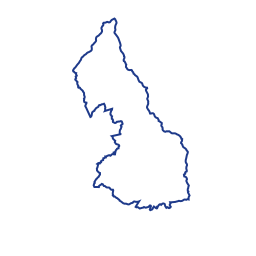 the district of Novo Acordo, Tocantins, Brazil, rotated 47°
{"feature_id": "56859067B81404235342349", "entity_name": "Novo Acordo", "entity_type": "district", "adm_level": 2, "iso_a3": "BRA", "parent_name": "Brazil", "parent_adm1": "Tocantins", "projection": "robinson", "projection_center": [-47.429, -10.16], "detail": "fine", "context": "isolated", "style": "outline", "palette": "blue", "viewbox_px": 256, "rotation_deg": 47, "n_neighbors": 0, "source": "geoboundaries", "source_scale": "gbopen_adm2", "svg_char_len": 5862}
<svg xmlns="http://www.w3.org/2000/svg" viewBox="0 0 256 256"><g transform="rotate(47 128 128)"><path d="M42.9,95.4L43.2,96.3L43.0,97.4L43.1,98.4L43.5,99.1L44.9,100.0L46.1,101.2L46.3,102.1L46.3,102.8L45.7,105.2L45.3,106.0L45.2,106.7L45.3,108.6L44.9,110.2L45.1,112.5L44.9,113.4L45.1,114.4L46.0,115.9L46.3,117.6L46.9,119.5L47.1,121.8L47.7,124.8L47.8,125.7L47.7,126.4L48.1,128.2L48.5,129.0L49.3,129.4L50.0,129.1L51.0,129.2L51.9,128.9L52.5,128.5L52.9,129.2L54.8,129.8L54.6,130.6L54.7,131.2L56.1,131.9L56.2,132.8L56.7,133.6L58.1,133.4L58.7,133.7L60.0,133.6L60.4,134.4L61.5,135.2L62.2,135.4L63.1,135.5L63.9,136.5L64.7,136.7L65.0,136.0L65.8,135.7L66.7,136.0L70.0,135.7L70.6,136.1L72.0,136.1L72.8,136.6L74.0,137.7L75.5,138.3L76.3,139.1L76.5,140.2L77.2,140.5L77.7,141.3L79.0,142.2L79.7,142.1L81.1,141.1L81.7,141.7L81.9,142.6L82.3,143.2L82.5,143.9L83.0,144.4L84.4,144.7L94.3,148.0L94.5,147.1L93.9,145.9L92.5,144.1L92.1,143.2L92.2,141.9L92.5,140.9L92.1,140.4L92.1,139.5L91.7,138.2L91.9,136.6L92.2,135.8L92.2,135.0L91.8,134.4L91.6,133.7L92.0,132.9L92.5,132.6L92.7,131.2L93.4,130.2L93.9,129.0L95.4,129.4L96.2,129.9L97.5,130.5L98.4,131.8L99.0,132.0L99.5,132.5L99.8,133.3L103.1,126.5L103.7,127.2L103.9,128.5L104.3,129.1L104.6,129.7L105.1,130.6L105.8,131.3L106.4,131.7L107.2,131.6L107.8,131.9L108.6,131.7L109.2,132.7L110.3,133.6L111.0,133.3L112.1,133.6L112.5,134.3L113.4,134.9L115.5,134.1L115.9,133.3L115.9,131.8L116.5,131.2L116.8,130.5L117.7,129.5L118.1,128.5L119.0,128.1L121.1,129.0L121.5,129.6L121.2,130.5L121.3,131.6L122.1,131.9L122.7,131.9L123.2,133.0L123.7,133.8L124.0,135.2L124.6,136.1L125.5,137.0L126.1,137.6L126.9,137.7L127.8,137.1L122.9,145.4L124.1,145.3L125.3,146.2L126.1,146.3L128.7,146.1L129.3,147.3L130.9,147.6L131.6,147.6L133.9,146.3L134.8,146.4L135.3,146.9L135.3,147.6L136.4,148.8L135.9,149.5L135.7,150.2L136.0,151.1L136.0,152.2L136.6,153.0L136.6,154.0L136.3,154.8L136.9,154.7L137.6,154.4L137.9,155.1L138.4,155.5L137.7,156.3L136.8,156.5L136.2,158.1L136.4,159.0L136.2,159.9L135.3,160.1L134.7,160.9L134.5,161.6L134.2,162.2L134.1,163.2L133.4,164.0L134.3,164.4L133.9,165.0L133.9,165.9L133.3,166.6L133.9,167.5L134.5,168.1L133.9,169.6L133.9,170.5L134.7,171.0L134.6,171.9L134.7,172.7L133.9,172.8L133.4,173.8L133.3,175.0L134.3,174.7L136.1,177.4L136.3,178.3L137.9,179.6L138.8,179.7L139.7,179.7L140.4,179.6L141.2,179.6L141.8,179.2L143.0,180.3L143.1,181.2L143.7,182.8L143.5,184.0L143.8,184.9L143.7,186.2L144.6,189.4L145.5,189.7L145.5,190.5L146.5,192.2L148.2,192.8L151.3,189.6L150.7,189.0L150.7,187.6L151.0,186.6L151.0,185.3L152.1,184.8L152.6,185.0L153.9,185.2L154.7,184.5L156.7,184.2L157.3,183.8L158.6,182.5L159.2,182.3L160.8,182.5L161.8,182.3L162.9,181.1L163.5,181.3L165.1,183.4L165.9,184.2L166.6,184.4L166.9,185.1L168.4,185.1L168.7,184.5L171.4,184.1L172.0,183.7L173.7,183.6L174.6,183.3L175.4,183.7L177.1,183.2L179.8,182.8L181.2,182.0L181.9,181.1L184.0,180.0L184.6,179.2L185.1,177.0L185.9,175.6L185.7,174.9L185.9,173.6L187.5,172.5L188.9,170.8L189.2,170.0L190.9,176.2L191.7,176.0L192.0,175.4L192.7,174.8L194.9,174.3L196.1,171.9L196.6,171.2L196.7,170.2L198.1,169.6L198.6,169.0L198.9,168.3L199.5,167.3L199.7,166.4L199.5,165.0L200.1,164.4L200.8,164.5L202.6,167.7L203.3,167.7L204.0,166.0L203.9,165.1L203.4,164.0L203.1,162.6L205.2,162.3L205.9,162.1L205.5,160.9L206.3,160.9L205.7,159.6L205.4,158.1L205.4,157.0L205.9,156.3L206.8,156.2L206.8,154.4L207.3,153.6L208.4,153.0L209.6,153.5L210.6,154.1L212.5,154.4L212.6,153.3L213.3,152.9L214.0,153.0L214.6,152.6L215.0,151.4L214.8,150.5L214.0,150.3L213.3,150.3L212.4,149.6L212.1,148.2L211.1,147.8L212.1,146.7L214.4,143.7L214.7,143.0L215.5,141.6L216.0,140.4L217.2,139.6L218.0,138.5L218.3,137.8L218.6,136.0L219.1,135.1L220.2,134.4L220.7,132.9L221.6,132.4L220.8,131.7L220.0,130.9L219.3,129.0L216.1,128.1L215.6,127.1L214.8,127.2L214.1,126.6L213.4,125.9L213.0,124.9L212.4,124.3L211.6,122.8L210.8,122.6L208.9,122.3L206.8,121.6L206.2,121.1L205.7,119.8L204.8,119.3L203.7,119.1L202.9,119.2L201.8,119.9L200.3,119.0L200.2,118.3L200.5,117.4L200.1,116.9L199.6,116.6L199.4,115.8L199.8,114.7L199.2,114.0L197.5,113.1L196.8,112.4L196.2,111.7L195.6,110.4L194.8,109.7L193.9,109.4L192.9,109.3L192.0,108.8L190.8,107.6L190.0,106.3L187.8,103.2L187.4,102.1L186.4,100.6L185.6,100.4L184.2,100.4L183.4,100.0L181.7,100.1L179.7,100.6L177.8,100.0L177.2,99.6L176.6,99.5L175.2,99.5L174.7,98.9L174.4,97.6L174.0,97.0L173.0,95.9L172.3,96.3L171.8,95.9L170.9,95.9L170.2,95.5L168.7,95.6L167.3,95.9L166.2,96.5L165.4,96.6L163.9,97.3L162.0,99.4L160.7,99.8L159.3,99.9L158.3,100.2L157.8,101.1L156.9,101.7L156.2,103.3L155.1,103.9L153.3,104.0L152.3,103.5L151.8,102.8L150.8,102.3L149.7,102.3L148.6,101.7L148.3,100.8L147.4,99.9L144.8,100.4L143.7,100.8L143.0,100.1L141.0,99.6L140.2,100.1L139.4,100.4L137.9,100.5L135.5,99.5L134.4,99.6L133.6,100.3L133.1,101.4L132.5,102.0L131.1,101.3L129.5,100.8L128.5,100.8L126.1,100.2L125.4,99.5L124.1,96.7L123.1,95.9L122.3,95.0L119.8,94.1L118.7,91.9L117.0,90.5L112.9,89.3L112.2,88.8L112.0,87.7L112.1,87.0L111.5,86.6L110.5,87.5L108.7,88.2L107.1,88.2L105.2,87.3L104.4,87.2L101.9,88.1L100.1,87.6L97.4,86.4L96.5,86.3L94.0,86.8L93.1,86.6L92.0,86.9L90.9,86.2L89.5,86.3L88.7,85.8L87.9,85.9L86.5,87.6L85.1,88.3L84.3,88.3L83.7,88.1L82.0,87.9L81.2,87.1L80.4,86.0L79.7,86.0L78.9,85.6L77.0,85.1L76.2,85.4L75.5,85.0L75.0,84.4L74.3,82.8L73.6,82.1L72.9,82.1L72.3,81.5L70.3,80.8L66.9,80.6L64.3,79.4L63.4,78.8L62.9,77.4L62.4,76.9L60.6,75.9L55.6,73.8L54.2,73.5L50.7,73.1L49.6,73.1L48.7,72.6L47.8,70.5L47.2,69.9L46.1,69.3L45.1,68.2L44.4,67.2L43.4,64.8L42.9,64.4L41.7,63.8L40.9,63.7L39.8,63.2L38.7,63.3L37.9,66.1L37.9,66.9L38.3,69.0L37.9,69.8L37.4,70.2L36.6,70.5L36.1,71.0L35.6,72.6L34.4,74.1L34.6,75.0L35.5,75.4L36.1,76.3L36.0,77.2L36.6,79.0L37.4,79.8L38.4,80.1L39.1,80.6L39.7,81.2L40.2,82.6L40.3,83.5L40.2,84.4L40.4,86.3L40.0,88.2L40.0,89.1L40.3,89.8L40.9,90.6L41.4,91.1L42.1,91.5L42.6,92.2L42.9,93.8L42.9,95.4Z" fill="none" stroke="#1e3a8a" stroke-width="2"/></g></svg>